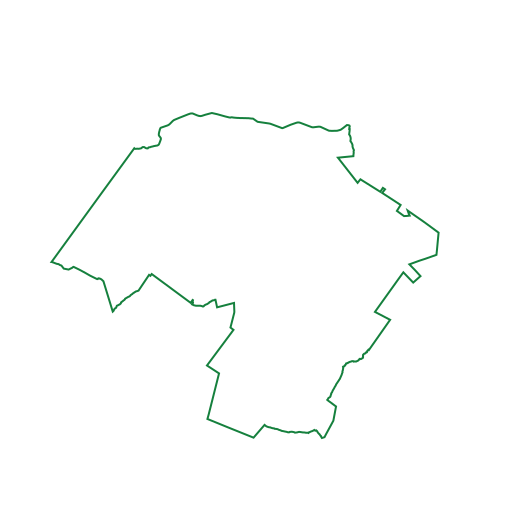 outline of Juárez, Chihuahua, Mexico, rotated 306°
{"feature_id": "50627088B5477759296036", "entity_name": "Juárez", "entity_type": "district", "adm_level": 2, "iso_a3": "MEX", "parent_name": "Mexico", "parent_adm1": "Chihuahua", "projection": "albers", "projection_center": [-106.665, 31.452], "detail": "fine", "context": "isolated", "style": "outline", "palette": "green", "viewbox_px": 512, "rotation_deg": 306, "n_neighbors": 0, "source": "geoboundaries", "source_scale": "gbopen_adm2", "svg_char_len": 6029}
<svg xmlns="http://www.w3.org/2000/svg" viewBox="0 0 512 512"><g transform="rotate(306 256 256)"><path d="M415.4,252.6L410.5,251.2L407.9,250.3L406.7,249.4L405.0,248.0L401.8,243.8L400.5,241.8L400.2,241.2L398.4,232.2L397.6,230.8L393.7,226.6L393.2,225.8L393.0,225.3L389.8,213.6L389.4,212.5L388.7,211.4L387.6,210.4L382.6,206.9L375.3,202.5L374.8,202.0L371.8,191.2L371.4,189.8L370.8,188.5L365.7,178.8L365.5,178.3L365.4,173.4L365.4,173.0L365.3,172.7L364.5,171.5L363.1,169.0L359.7,164.1L358.4,162.3L357.6,161.0L356.4,159.2L354.8,156.5L354.0,154.9L353.5,154.3L353.0,154.0L352.4,153.0L350.7,148.8L348.0,141.5L345.9,136.6L345.6,136.1L340.4,131.9L337.5,129.8L336.5,128.8L335.7,127.3L335.1,125.4L335.0,124.9L334.1,121.1L333.8,120.5L332.7,119.2L330.7,117.8L322.5,112.6L317.9,109.8L316.4,109.3L312.4,108.7L311.1,108.4L309.8,107.8L303.8,103.6L303.3,103.5L301.6,103.9L300.9,104.3L300.1,104.5L298.1,105.4L297.4,105.8L296.7,106.3L296.3,107.0L295.6,109.4L295.1,110.0L294.5,110.4L292.9,110.9L290.3,111.6L289.5,111.8L288.6,111.8L287.7,111.4L287.1,111.0L286.6,110.4L285.4,109.3L284.9,108.8L284.2,108.3L282.5,106.8L281.9,106.5L280.7,105.3L280.4,105.2L279.5,105.2L279.3,105.0L278.9,104.4L278.5,103.4L278.4,101.6L278.2,101.2L277.6,100.4L277.3,100.2L276.0,99.9L275.5,99.7L274.1,98.4L273.5,97.7L273.2,97.1L271.6,95.2L271.5,94.9L271.6,94.2L214.0,94.1L131.0,94.1L131.3,94.6L131.3,95.0L131.6,95.8L132.3,98.5L132.6,99.5L133.4,101.1L133.4,102.5L133.8,103.9L133.9,104.2L132.8,107.9L134.9,112.4L136.9,113.4L138.1,114.1L139.8,114.6L140.0,114.8L141.1,121.1L142.0,127.8L142.6,133.4L143.3,137.5L143.9,141.0L144.0,141.1L144.2,141.3L144.3,141.5L144.6,141.5L145.1,141.5L145.3,141.6L145.5,142.1L145.7,142.3L145.7,142.6L146.0,143.1L146.2,144.4L146.2,145.0L146.0,146.5L145.9,147.4L129.3,169.5L127.6,171.7L127.2,172.3L126.8,172.8L127.6,173.0L128.2,172.9L128.8,172.7L129.2,172.8L129.6,172.7L130.2,172.6L130.9,172.8L131.7,173.2L132.0,173.2L132.7,173.0L132.9,173.0L133.7,172.7L134.0,172.7L134.4,172.9L134.9,173.3L135.9,173.7L136.7,174.2L137.1,174.3L137.5,174.3L138.0,174.5L138.3,174.5L139.1,174.1L139.4,174.2L140.2,174.4L140.3,174.5L141.1,174.7L141.3,174.8L141.6,174.8L142.1,174.9L143.0,175.3L143.9,175.4L144.5,175.2L146.3,176.0L147.2,176.4L147.7,176.6L149.0,177.4L149.3,177.5L150.7,177.6L151.6,177.9L152.1,178.1L152.5,178.3L153.0,178.3L154.0,178.6L154.8,179.0L155.2,179.0L155.7,179.3L156.8,179.7L157.6,180.4L158.9,181.3L177.9,180.6L177.9,182.2L180.1,182.2L179.7,230.6L183.2,230.6L183.2,231.0L182.7,231.2L181.8,231.5L181.4,232.3L181.1,232.6L180.0,232.6L179.8,232.8L179.3,232.8L179.6,234.6L180.4,236.5L183.1,240.3L183.8,242.1L183.8,242.5L184.3,243.1L184.5,243.1L185.2,243.3L185.8,243.3L186.5,243.6L187.3,244.0L188.3,244.7L189.9,245.3L190.0,245.4L191.0,245.5L191.4,245.5L191.9,245.9L192.8,246.3L193.0,246.3L193.4,246.6L194.0,246.7L194.7,247.1L195.3,247.8L196.2,248.5L196.4,248.6L196.6,248.6L196.8,248.9L191.6,254.7L205.1,265.8L198.1,271.3L197.2,271.8L183.1,277.4L183.0,281.2L138.6,280.7L139.3,295.1L99.9,310.9L95.6,312.5L100.7,333.3L107.6,360.8L124.4,362.2L124.3,363.3L124.3,364.5L124.4,365.0L124.8,366.4L125.2,367.4L125.7,368.2L125.9,369.1L126.4,370.6L127.1,371.8L127.2,372.0L127.1,372.3L127.1,372.5L127.5,373.2L128.1,374.2L128.6,375.3L128.8,376.6L129.5,378.6L129.5,379.3L130.5,381.4L130.8,382.1L130.9,382.4L131.3,383.2L131.7,384.1L131.8,384.3L131.9,384.6L132.0,385.1L132.3,385.7L132.6,386.1L132.8,386.4L132.9,386.5L133.2,386.5L133.4,386.6L134.9,388.3L135.7,390.0L135.9,390.5L135.9,391.1L136.2,391.6L137.5,393.0L138.3,393.6L139.0,394.2L139.7,395.4L140.9,397.8L141.4,398.4L141.7,398.9L142.1,399.7L142.4,400.4L143.2,401.4L143.5,401.9L143.6,402.4L143.9,402.4L144.0,402.5L144.3,402.4L144.8,402.7L145.1,403.0L145.4,403.1L146.6,403.8L147.5,404.5L148.7,405.1L149.5,405.4L149.4,405.9L149.6,406.8L150.0,407.2L150.3,407.2L150.3,407.8L150.1,408.7L149.8,409.3L149.6,409.5L149.3,410.8L149.1,411.8L149.2,412.0L148.5,413.8L148.6,414.2L148.0,415.1L147.5,416.3L149.7,417.9L153.0,417.4L168.2,415.4L181.3,409.2L181.4,398.3L181.5,398.2L182.2,398.3L183.8,398.1L184.6,398.5L185.5,398.8L185.8,398.8L186.4,398.7L186.9,398.4L187.2,398.3L188.0,398.2L188.6,397.9L188.8,397.7L189.1,397.6L190.5,397.6L192.5,397.1L193.3,397.1L195.1,396.9L196.3,396.7L198.2,396.6L199.1,396.3L202.1,396.2L204.5,396.1L205.0,396.0L205.7,396.1L206.1,396.0L210.3,395.1L211.1,394.8L212.6,394.4L212.9,394.3L213.2,393.9L214.1,393.5L214.7,393.4L215.5,392.9L216.1,392.7L216.5,392.4L216.9,392.2L217.5,391.5L217.9,391.6L218.0,391.8L218.4,392.1L218.6,392.2L219.1,392.2L219.3,392.3L219.5,392.2L219.7,392.4L219.9,392.4L220.5,392.2L221.0,392.4L221.9,392.1L222.2,392.1L222.8,392.8L223.2,392.9L223.3,393.1L223.6,393.1L224.3,393.6L224.6,393.6L225.2,393.9L225.8,394.4L226.7,395.1L227.4,395.5L227.7,396.0L227.8,396.3L228.0,396.4L228.1,396.7L228.0,397.2L228.8,397.9L229.1,398.4L229.2,398.7L229.7,399.2L230.4,399.5L230.8,399.8L231.1,400.0L232.3,400.2L232.6,400.2L233.0,400.5L233.7,400.3L233.8,400.4L233.9,400.5L233.9,400.8L234.0,401.0L234.5,401.6L235.0,401.7L236.0,402.3L236.5,402.3L236.9,402.2L237.4,401.7L237.6,401.7L237.9,401.4L238.4,401.2L238.7,400.8L239.0,400.7L239.5,400.8L239.9,400.8L240.1,400.9L240.4,400.9L241.0,401.3L241.1,401.5L242.0,401.8L242.2,401.7L242.4,401.6L243.0,401.8L243.4,402.3L244.0,402.2L244.3,402.1L244.4,401.9L244.8,401.8L245.5,402.0L246.3,402.0L246.6,402.1L246.5,402.6L283.2,402.0L280.7,385.1L321.3,384.8L329.4,384.8L326.9,398.8L336.4,400.9L338.1,392.6L339.4,385.0L348.3,391.0L353.4,394.7L363.0,401.3L367.0,399.0L382.2,390.0L382.3,371.3L381.9,352.0L380.1,354.6L379.0,356.6L377.0,354.4L375.3,352.3L375.3,343.5L382.3,343.0L381.2,321.0L385.8,321.2L385.7,318.6L381.0,318.8L379.4,295.4L374.9,295.2L383.7,264.5L394.0,276.1L396.1,274.8L396.6,274.6L397.3,274.1L397.7,273.7L398.3,273.3L399.2,273.0L400.3,271.0L400.9,270.2L401.7,269.4L402.4,269.0L403.3,267.7L404.0,266.2L404.5,264.8L405.7,264.2L406.4,263.8L407.0,263.3L407.7,262.6L408.6,261.3L409.1,259.9L412.2,258.2L413.6,257.3L413.4,257.0L413.4,256.8L414.4,256.4L414.5,256.2L415.9,255.7L416.4,255.0L416.3,254.2L415.4,252.6Z" fill="none" stroke="#15803d" stroke-width="2"/></g></svg>